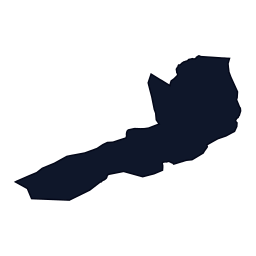 Yaruu, Dzavhan, Mongolia (Natural Earth projection)
{"feature_id": "93677404B11621304927066", "entity_name": "Yaruu", "entity_type": "district", "adm_level": 2, "iso_a3": "MNG", "parent_name": "Mongolia", "parent_adm1": "Dzavhan", "projection": "natural_earth1", "projection_center": [96.632, 48.153], "detail": "fine", "context": "isolated", "style": "filled", "palette": "ink", "viewbox_px": 256, "rotation_deg": 0, "n_neighbors": 0, "source": "geoboundaries", "source_scale": "gbopen_adm2", "svg_char_len": 4686}
<svg xmlns="http://www.w3.org/2000/svg" viewBox="0 0 256 256"><path d="M234.5,131.4L236.8,126.4L236.8,126.0L237.0,122.8L236.8,122.6L236.6,122.4L236.4,122.2L236.1,122.0L236.0,121.8L236.0,121.7L235.9,121.4L235.7,121.1L235.6,120.9L235.6,120.6L235.6,120.4L235.7,120.2L235.8,120.0L235.8,119.9L235.9,119.7L236.1,119.4L236.2,119.2L236.3,119.1L236.5,118.8L236.6,118.4L236.8,118.2L237.1,118.1L237.3,118.0L237.4,117.9L237.5,117.9L237.9,117.6L238.1,117.4L238.2,117.2L238.3,117.0L238.4,116.8L238.5,116.6L238.5,116.4L238.7,116.0L238.8,115.8L238.9,115.6L239.1,115.5L239.2,115.4L239.3,115.3L239.4,115.0L239.5,114.5L240.6,111.0L240.6,110.9L240.3,108.1L239.6,107.3L236.5,99.7L236.8,98.6L237.1,97.8L237.4,93.4L237.5,91.8L230.8,77.1L228.9,72.0L228.5,68.3L228.4,68.1L228.4,67.7L228.0,63.7L228.1,63.3L229.5,58.4L226.8,58.3L226.6,58.3L224.5,58.1L223.7,58.1L221.5,58.0L221.4,58.0L220.3,57.9L213.1,57.4L211.5,57.3L205.1,56.9L200.8,56.6L199.5,56.0L199.2,55.9L198.8,55.9L198.6,55.9L198.3,56.0L198.2,56.1L198.0,56.3L197.5,56.7L197.2,57.0L196.9,57.1L196.6,57.1L196.4,57.3L196.4,57.5L196.5,57.7L196.5,57.8L196.4,57.9L196.2,58.0L195.6,58.4L195.5,58.6L195.3,58.8L195.2,58.9L194.7,59.0L194.6,58.9L194.4,58.9L194.1,58.9L193.7,59.0L193.2,58.9L192.9,58.8L192.8,58.7L192.7,58.7L192.6,58.8L192.5,58.7L192.4,58.7L192.2,58.7L191.9,58.8L190.3,59.2L190.1,59.3L189.9,59.4L189.7,59.4L189.4,59.3L189.2,59.4L189.2,59.5L188.9,59.5L188.7,59.5L188.4,59.7L188.4,59.8L188.3,60.1L188.3,60.3L188.1,60.4L187.6,60.7L187.2,60.9L186.9,61.0L186.7,61.1L186.4,61.2L186.3,61.3L186.1,61.3L186.0,61.2L185.8,61.3L185.7,61.4L185.4,61.5L185.2,61.5L184.9,61.7L184.7,61.8L184.4,61.9L184.1,61.8L183.9,61.9L183.7,62.0L183.4,62.2L183.2,62.3L183.1,62.5L182.9,62.6L182.7,62.7L182.5,62.8L182.3,62.9L182.2,63.0L181.9,63.2L181.8,63.3L181.7,63.4L181.6,63.5L181.4,63.7L181.3,63.8L181.2,63.9L181.1,64.0L180.9,64.3L180.6,64.5L180.4,64.8L180.2,65.0L179.9,65.1L179.7,65.1L179.4,65.1L179.1,65.0L179.0,64.9L178.9,64.9L178.8,65.0L178.5,65.2L178.3,65.5L178.1,66.5L178.0,66.9L177.8,67.1L177.7,67.2L177.4,67.3L177.3,67.5L177.2,67.7L177.2,67.9L177.1,68.2L176.9,68.4L176.7,68.6L176.5,68.9L176.4,69.1L176.4,69.3L176.4,69.5L176.4,69.9L176.5,70.1L176.5,70.3L176.6,70.5L176.7,71.2L176.7,71.6L176.8,71.8L176.8,72.1L176.8,72.3L176.8,72.6L177.2,73.1L177.3,73.2L177.4,73.5L177.5,73.7L177.6,74.1L177.6,74.4L177.6,74.9L177.5,75.3L177.2,75.7L177.0,75.9L174.9,78.0L174.1,78.8L172.2,80.2L171.7,80.5L171.2,80.9L170.3,83.8L169.9,85.6L166.6,83.6L161.3,80.3L161.0,80.2L160.8,80.1L160.3,79.8L160.1,79.7L157.7,78.2L151.1,74.1L148.8,81.0L148.3,82.6L148.2,82.8L150.0,89.9L151.8,96.7L153.3,104.3L153.7,106.2L154.3,109.3L155.7,113.1L156.3,119.9L159.2,124.0L148.6,128.1L144.4,128.7L140.5,128.8L134.5,128.6L128.5,129.9L128.0,130.2L127.7,130.6L127.4,130.8L127.2,131.2L127.0,131.5L126.9,132.1L126.7,132.5L126.7,132.8L126.6,133.3L126.5,133.8L126.5,134.9L126.6,135.2L126.6,135.8L126.5,136.3L126.4,136.6L126.3,137.1L126.2,137.4L125.9,138.0L119.0,140.2L113.0,142.2L109.4,142.4L107.4,142.5L103.0,144.6L101.3,145.7L97.1,148.5L94.6,149.4L94.5,149.5L90.0,151.1L84.8,153.0L74.7,154.9L72.3,155.3L66.9,156.4L54.4,163.3L42.3,168.3L36.8,172.6L29.4,175.7L17.7,180.8L16.7,181.2L16.5,181.3L15.4,181.9L21.4,185.2L27.4,188.5L31.6,198.6L69.4,200.1L69.5,200.0L87.2,191.3L89.7,190.1L100.0,182.1L100.4,182.0L100.7,182.0L100.9,181.9L101.1,181.9L101.3,181.8L101.4,181.7L101.5,181.6L101.8,181.2L102.1,180.9L102.2,180.7L102.3,180.6L102.8,180.4L103.2,180.2L103.8,180.0L104.2,179.8L104.5,179.6L104.7,179.4L105.5,178.9L105.8,178.5L106.1,178.3L106.3,178.1L106.5,177.7L106.7,177.3L107.0,176.5L107.0,176.2L107.0,175.9L107.1,175.7L107.3,175.5L107.7,175.1L108.1,174.6L108.2,174.4L111.4,173.8L123.6,171.4L142.7,176.7L149.9,174.8L153.9,173.8L158.9,171.7L162.5,170.2L162.7,167.5L162.7,166.5L162.7,165.8L162.7,165.4L162.6,165.1L162.5,164.6L162.3,163.9L162.3,163.5L162.3,163.3L162.3,163.0L162.4,162.9L162.5,162.7L162.9,162.3L163.2,162.2L163.5,162.1L163.8,162.0L164.2,162.0L164.6,161.9L165.2,161.9L165.5,161.8L165.8,161.8L166.1,161.8L166.3,161.9L166.7,161.9L167.0,161.8L167.3,161.7L167.5,161.6L168.0,161.5L168.3,161.4L168.5,161.4L168.9,161.4L169.1,161.5L169.4,161.6L169.6,161.7L169.8,161.7L170.1,161.9L170.3,161.9L170.5,162.0L170.9,162.3L171.0,162.4L171.2,162.5L171.3,162.6L171.6,162.7L171.9,162.7L172.0,162.7L172.4,162.8L172.6,163.0L172.9,163.2L173.1,163.4L173.3,163.7L173.7,164.1L179.3,162.4L181.9,161.6L182.2,161.6L182.3,161.5L185.2,160.6L186.8,160.2L192.0,159.7L193.4,158.9L194.7,158.1L194.9,158.0L203.2,153.0L204.2,151.2L206.6,147.9L207.3,146.8L207.1,146.2L207.0,145.7L206.9,145.2L206.8,144.9L211.0,142.5L214.0,140.8L214.2,140.7L217.8,138.7L226.0,135.9L232.1,132.6L234.5,131.4Z" fill="#0f172a" stroke="#020617" stroke-width="1.5"/></svg>